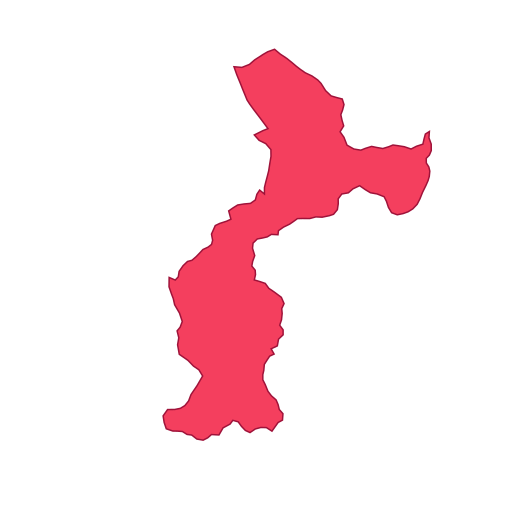 Dias d'Ávila, Bahia, Brazil (Robinson projection), rotated 120°
{"feature_id": "56859067B71417853193151", "entity_name": "Dias d'Ávila", "entity_type": "district", "adm_level": 2, "iso_a3": "BRA", "parent_name": "Brazil", "parent_adm1": "Bahia", "projection": "robinson", "projection_center": [-38.284, -12.606], "detail": "fine", "context": "isolated", "style": "filled", "palette": "rose", "viewbox_px": 512, "rotation_deg": 120, "n_neighbors": 0, "source": "geoboundaries", "source_scale": "gbopen_adm2", "svg_char_len": 2864}
<svg xmlns="http://www.w3.org/2000/svg" viewBox="0 0 512 512"><g transform="rotate(120 256 256)"><path d="M331.9,191.3L328.8,196.5L323.2,192.6L316.7,194.9L310.7,193.1L306.4,195.6L304.1,200.9L298.5,202.0L292.7,204.6L288.7,207.4L283.2,207.9L279.1,213.4L278.1,221.9L277.6,228.7L275.1,234.3L276.3,240.3L277.6,245.5L272.4,247.1L268.7,249.6L266.8,254.6L262.3,256.2L256.3,257.3L251.0,262.9L246.3,265.0L240.6,263.4L237.1,259.3L233.8,255.8L229.6,253.5L226.6,247.6L222.8,249.2L217.2,246.6L211.6,242.8L207.4,240.8L202.9,238.8L200.2,234.4L196.7,228.2L192.2,223.7L189.3,218.1L184.4,212.6L181.1,209.7L175.2,208.7L169.6,210.9L165.4,213.4L159.4,212.7L155.1,207.6L149.3,205.6L143.3,201.4L143.9,194.4L144.0,188.5L141.7,182.1L140.6,174.7L143.4,170.4L147.7,165.6L150.7,160.2L149.7,154.3L145.7,149.8L141.7,146.4L136.8,143.8L130.7,142.3L124.5,142.6L117.6,143.6L109.9,144.1L104.6,144.7L100.5,145.7L95.6,147.9L92.5,150.8L90.3,155.0L86.3,157.4L82.0,156.3L77.1,156.9L71.5,160.2L67.2,165.3L61.5,168.1L65.7,170.3L70.6,169.0L75.7,167.4L80.7,171.9L85.8,175.2L87.2,182.2L89.6,188.5L91.4,192.9L94.9,195.6L99.5,199.9L101.6,205.6L103.3,210.7L108.2,215.2L111.9,218.1L114.4,224.7L114.5,232.6L109.2,239.2L106.4,245.3L99.5,245.1L95.4,249.4L91.2,253.2L86.3,254.0L80.9,255.5L76.9,259.8L78.4,265.2L79.8,271.0L78.0,278.4L74.0,286.0L72.7,290.5L72.1,297.6L72.7,305.0L72.2,310.9L71.5,316.1L70.6,321.0L69.5,328.0L69.0,336.0L67.7,343.3L73.3,348.0L77.8,350.6L86.8,355.2L93.4,357.5L99.7,362.5L103.1,369.7L108.5,363.4L111.3,359.8L114.6,355.5L118.5,350.6L121.9,346.2L125.4,341.7L127.6,337.4L130.5,330.9L134.3,321.8L139.7,309.3L144.0,312.7L152.0,318.0L154.3,311.1L153.8,303.7L156.4,296.3L162.3,292.8L168.7,290.4L175.9,287.6L181.2,286.1L187.5,284.4L192.5,282.9L198.1,279.7L197.1,285.8L202.1,286.1L207.8,284.6L213.2,287.1L217.0,292.5L221.0,297.4L225.5,299.8L230.6,302.2L236.7,296.1L240.6,298.9L245.9,303.7L250.0,306.5L259.3,305.5L264.1,301.4L268.2,300.3L272.2,301.9L276.9,305.2L282.5,306.5L286.5,307.5L291.7,309.3L295.0,312.6L300.8,314.3L307.7,314.9L312.9,312.9L317.2,313.9L318.0,320.5L326.2,315.9L331.2,310.1L334.3,306.3L338.9,302.1L343.7,293.7L349.6,287.1L355.6,286.1L360.3,286.9L365.4,282.0L372.1,279.5L379.5,273.3L379.9,268.5L380.4,262.7L382.6,255.1L383.1,248.6L386.6,242.2L397.6,242.2L408.5,243.0L415.2,241.9L421.1,242.8L425.7,245.3L429.5,249.6L433.2,255.8L440.9,256.5L446.1,252.3L450.5,247.3L449.2,240.6L446.9,236.4L444.8,232.0L445.0,226.5L443.2,222.2L444.1,215.7L441.9,209.7L437.6,206.9L432.9,205.3L429.5,198.6L421.3,198.6L414.5,194.4L409.9,193.9L408.5,188.5L410.8,183.4L412.4,178.0L411.9,172.9L406.1,170.1L402.1,166.1L399.4,161.2L399.7,154.6L394.4,154.1L389.1,153.6L384.9,151.0L379.1,153.8L377.3,159.1L373.7,162.5L370.6,166.6L369.4,172.7L367.2,178.0L362.7,183.8L359.8,188.2L355.3,190.8L351.3,192.0L345.7,194.6L340.8,194.4L335.9,194.1L331.9,191.3Z" fill="#f43f5e" stroke="#9f1239" stroke-width="1.5"/></g></svg>